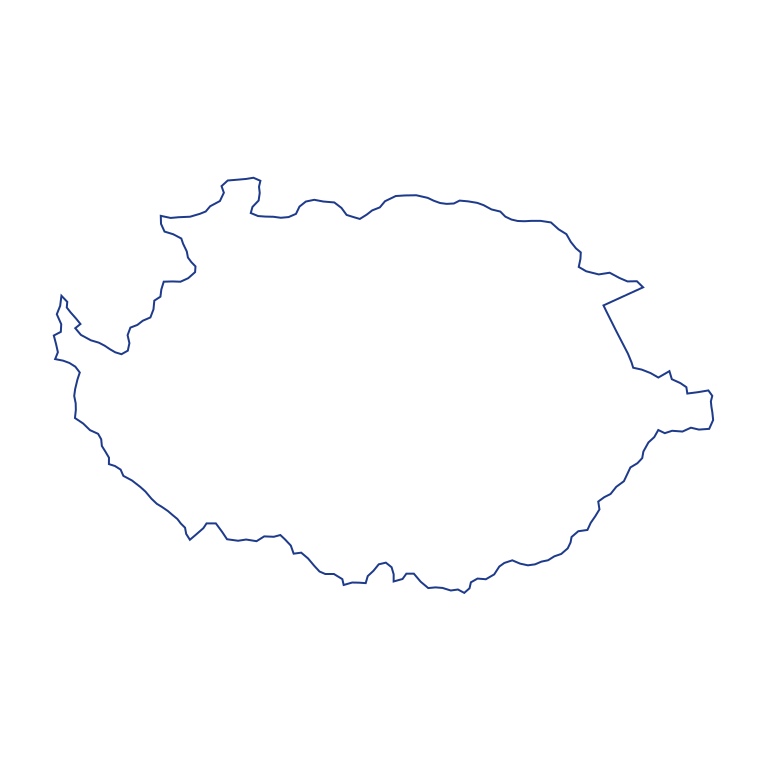 the district of São Bonifácio, Santa Catarina, Brazil, rotated 267°
{"feature_id": "56859067B25915712564646", "entity_name": "São Bonifácio", "entity_type": "district", "adm_level": 2, "iso_a3": "BRA", "parent_name": "Brazil", "parent_adm1": "Santa Catarina", "projection": "robinson", "projection_center": [-48.935, -27.959], "detail": "fine", "context": "isolated", "style": "outline", "palette": "blue", "viewbox_px": 768, "rotation_deg": 267, "n_neighbors": 0, "source": "geoboundaries", "source_scale": "gbopen_adm2", "svg_char_len": 3278}
<svg xmlns="http://www.w3.org/2000/svg" viewBox="0 0 768 768"><g transform="rotate(267 384 384)"><path d="M238.6,182.0L242.7,187.4L249.5,196.1L254.1,199.5L253.6,208.8L244.8,214.6L237.2,219.1L235.1,230.1L235.9,238.2L233.7,248.5L238.1,256.4L237.2,266.0L238.6,272.6L234.0,277.0L227.5,282.5L219.3,284.9L219.9,292.5L213.8,299.0L206.1,304.8L200.1,309.8L197.3,315.5L196.9,324.0L191.3,332.2L185.4,333.2L187.4,341.8L186.9,348.7L186.1,355.3L193.0,357.7L198.0,363.7L204.2,369.3L205.5,376.5L200.6,382.0L193.4,383.7L186.3,383.3L188.3,392.3L193.4,396.4L193.0,403.9L184.6,410.3L177.9,417.5L178.2,424.8L177.3,431.7L174.3,439.9L174.9,447.1L171.2,453.2L175.5,458.7L181.4,460.4L184.8,467.2L183.7,475.5L188.1,484.1L195.7,489.6L199.0,494.8L201.2,502.9L197.5,510.5L195.4,518.2L196.0,525.4L198.4,532.0L199.4,538.6L203.0,545.1L205.0,552.1L210.3,558.9L216.0,562.0L221.4,563.3L226.8,570.3L227.6,579.5L234.6,583.2L240.8,588.0L247.5,592.6L255.4,591.8L259.5,598.1L262.3,604.5L269.2,610.6L274.4,618.5L282.0,622.6L287.8,625.7L291.6,632.9L296.5,638.0L303.0,639.5L311.8,645.0L316.8,651.1L323.7,655.5L320.2,661.8L322.2,669.3L320.9,679.6L324.3,688.2L322.0,696.1L322.2,706.4L330.8,710.8L338.6,710.4L344.0,709.8L349.5,709.5L355.0,711.2L360.6,707.6L359.4,697.1L358.6,686.4L365.0,685.8L369.4,680.0L373.7,671.7L381.9,669.7L376.1,658.3L381.0,650.7L384.9,642.1L387.2,633.7L392.7,632.3L401.5,629.2L424.9,618.6L444.8,609.9L451.0,607.3L467.0,647.8L473.4,641.9L473.7,632.5L477.6,624.6L483.3,615.2L482.2,604.2L486.0,591.8L490.7,584.6L498.6,586.7L505.1,587.4L509.4,582.8L516.1,578.0L524.1,574.0L529.3,566.5L536.6,559.2L538.7,549.0L539.2,539.7L539.2,532.8L539.8,526.0L541.6,519.8L544.8,513.9L550.1,509.2L552.7,500.5L557.4,492.8L560.0,486.6L562.0,477.5L563.2,469.1L560.6,463.2L560.6,456.0L561.8,449.5L564.4,443.3L567.6,437.4L570.8,426.1L571.2,414.6L571.1,405.6L566.5,394.6L560.6,389.1L558.0,381.3L554.1,375.7L550.1,368.5L552.2,362.5L554.8,355.5L562.1,350.7L567.9,343.9L569.4,333.0L571.6,324.0L570.3,315.5L565.6,308.9L558.5,305.0L555.7,297.5L555.4,289.7L556.8,282.2L557.4,274.3L558.3,267.1L561.7,259.9L567.7,261.9L573.8,268.4L581.3,269.9L587.5,269.5L593.4,271.2L596.8,264.4L596.0,257.1L595.7,248.5L595.4,238.6L590.1,232.1L583.4,234.1L575.3,229.7L570.6,219.7L565.6,215.0L563.6,209.1L561.2,199.1L561.3,187.8L561.0,179.6L563.6,169.9L555.6,169.7L547.7,172.8L544.6,181.3L539.9,189.2L534.6,190.7L526.7,194.0L520.6,194.8L515.9,197.9L511.3,201.9L505.6,201.2L499.9,194.0L496.8,186.1L497.5,178.0L497.7,169.4L490.1,166.6L482.9,165.3L479.3,159.0L470.6,157.7L462.7,154.2L459.8,146.4L455.9,140.8L453.6,133.7L446.2,130.5L438.1,131.9L430.7,129.9L427.5,123.4L429.7,117.3L433.1,112.1L436.9,107.0L440.2,101.4L443.0,93.5L448.9,83.9L455.9,78.6L459.8,84.0L465.6,79.8L472.0,74.7L477.0,71.2L482.6,72.0L489.0,66.5L479.0,64.7L470.8,60.9L460.6,64.8L453.0,64.0L449.7,56.8L441.0,58.6L432.8,60.0L426.1,56.9L424.1,64.8L421.5,70.9L417.4,76.7L411.4,80.8L404.5,78.1L395.1,75.3L388.3,74.0L380.8,75.1L374.1,74.9L366.2,73.6L360.3,81.5L353.3,88.0L349.2,95.9L343.6,98.7L336.9,99.0L331.3,102.1L324.8,105.5L318.4,105.1L316.2,111.0L312.3,116.5L305.9,118.9L300.9,127.2L293.9,135.3L289.1,140.1L281.6,145.8L276.3,150.8L272.5,156.3L268.5,161.5L264.3,165.9L260.0,170.6L255.3,173.8L250.9,177.8L244.7,178.6L238.6,182.0Z" fill="none" stroke="#1e3a8a" stroke-width="2"/></g></svg>